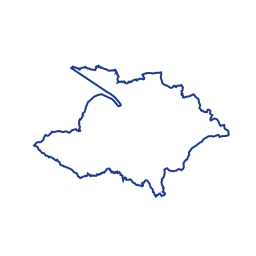 Mampikony, Sofia, Madagascar, rotated 163°
{"feature_id": "10022922B54995100782210", "entity_name": "Mampikony", "entity_type": "district", "adm_level": 2, "iso_a3": "MDG", "parent_name": "Madagascar", "parent_adm1": "Sofia", "projection": "albers", "projection_center": [47.723, -16.182], "detail": "fine", "context": "isolated", "style": "outline", "palette": "blue", "viewbox_px": 256, "rotation_deg": 163, "n_neighbors": 0, "source": "geoboundaries", "source_scale": "gbopen_adm2", "svg_char_len": 5809}
<svg xmlns="http://www.w3.org/2000/svg" viewBox="0 0 256 256"><g transform="rotate(163 128 128)"><path d="M222.9,138.9L222.3,137.8L221.0,137.3L220.5,136.7L220.0,135.9L219.8,133.5L218.8,132.7L218.5,131.2L217.8,130.3L217.4,129.1L216.1,128.7L215.7,128.3L214.6,125.5L213.5,125.2L212.7,124.3L212.3,123.1L211.3,123.4L210.2,122.7L208.0,120.3L207.3,119.0L206.2,117.8L205.9,117.8L205.2,118.5L205.1,119.1L204.4,116.2L203.5,115.4L203.5,112.6L202.6,112.0L201.9,111.2L200.9,110.7L200.5,109.9L199.7,109.7L198.7,108.6L196.6,107.2L193.8,104.3L192.8,101.8L190.1,99.4L189.9,96.3L188.9,95.6L188.7,94.6L188.2,94.1L187.7,94.1L184.4,94.7L183.4,94.5L182.4,94.7L181.8,94.0L180.5,94.8L179.7,96.1L178.4,94.2L178.4,93.6L178.2,93.3L177.5,93.6L177.3,93.1L176.8,93.4L176.1,92.7L174.8,92.7L174.5,92.3L172.4,91.5L171.6,91.9L171.6,92.6L171.2,92.8L170.8,92.5L170.0,92.3L169.5,91.8L168.6,92.3L167.8,91.9L166.6,92.9L165.9,92.7L165.6,92.4L164.8,92.7L163.8,92.4L163.5,93.1L162.3,93.1L160.7,94.6L159.1,95.0L158.4,94.9L158.0,94.7L157.7,93.9L157.2,93.7L157.5,92.9L156.9,92.3L156.8,90.4L156.3,90.5L155.8,90.1L155.2,90.6L154.9,90.2L154.8,89.4L154.3,88.9L153.8,89.1L153.6,88.7L152.7,89.2L152.6,89.6L152.4,89.6L152.4,89.0L151.2,89.3L151.4,88.2L150.7,87.7L149.3,88.4L149.2,88.2L148.6,87.1L148.8,86.1L148.5,85.8L148.8,85.1L148.6,85.0L148.1,85.0L147.2,84.1L147.4,82.8L147.9,82.3L147.6,81.6L147.7,81.3L147.4,80.9L147.9,80.2L147.9,79.4L146.8,81.0L145.7,81.5L145.1,81.5L144.7,80.9L145.1,79.6L144.8,79.0L142.1,78.2L140.6,78.1L139.1,74.4L138.2,73.4L137.4,72.8L137.2,71.8L136.4,70.9L135.3,70.8L134.2,69.7L132.2,69.1L131.7,68.2L130.4,68.6L130.3,70.0L130.7,70.7L130.6,71.2L129.8,71.4L128.5,71.2L127.3,72.4L126.4,72.8L125.8,72.7L125.0,72.1L123.7,68.6L123.8,66.8L123.6,64.3L122.4,62.3L122.4,61.4L122.9,59.8L122.8,59.4L122.0,58.9L122.1,57.4L121.8,55.6L121.3,54.2L120.9,54.3L120.2,55.4L118.6,55.3L117.1,56.1L116.4,55.8L115.9,53.5L115.6,53.2L113.0,53.2L111.8,54.1L111.9,54.9L112.6,55.4L113.4,56.7L112.6,56.8L112.5,57.0L112.4,57.9L112.1,59.3L112.1,60.0L111.9,60.0L111.6,59.8L111.3,60.2L111.7,60.8L111.7,62.0L112.2,64.1L111.8,66.3L111.6,67.0L110.8,67.6L110.8,68.7L110.1,69.4L108.7,70.2L107.7,71.2L106.4,73.8L105.9,74.2L105.6,76.9L105.2,77.7L102.5,78.1L101.3,75.9L100.5,75.0L96.6,73.2L95.5,73.4L94.1,73.1L92.4,73.8L91.6,73.9L89.9,72.9L89.3,72.1L88.5,72.5L87.6,72.6L86.9,73.2L86.0,74.5L85.3,77.7L84.4,78.9L81.7,80.7L81.1,80.5L80.5,80.8L79.9,81.6L79.4,82.5L77.3,84.4L77.2,85.9L76.7,87.0L74.4,88.6L73.2,89.8L72.5,90.0L68.2,91.2L63.6,93.0L61.8,93.3L61.4,93.2L60.4,94.2L58.9,95.2L53.3,96.6L51.6,96.0L50.4,95.9L48.8,94.8L44.0,95.0L43.3,94.7L43.1,92.7L40.2,92.7L36.7,91.7L35.9,91.9L34.7,91.6L34.1,91.7L33.7,92.2L33.3,93.7L33.1,94.8L33.2,96.4L35.5,98.7L35.7,99.8L35.2,102.0L35.2,102.8L38.9,103.1L39.1,103.5L39.7,108.5L40.2,109.9L41.6,111.3L42.8,111.9L44.4,111.4L46.6,111.0L46.8,111.9L46.3,113.2L45.2,113.9L43.6,115.6L45.2,117.5L45.3,118.3L44.8,118.8L44.3,120.1L44.6,121.1L45.5,121.9L46.3,122.1L46.8,121.8L47.6,120.2L48.2,120.2L50.4,121.0L50.8,121.5L51.1,122.4L52.5,122.9L52.9,123.3L53.0,124.6L53.8,125.7L53.8,126.2L53.7,126.6L52.3,128.5L52.7,131.7L52.1,134.8L54.4,138.3L55.0,140.5L55.7,141.1L57.5,140.7L58.7,140.7L59.4,140.4L60.3,140.4L62.8,140.8L65.4,140.7L66.3,141.1L66.5,141.4L65.9,142.1L65.8,142.8L66.6,143.5L67.0,144.2L66.7,144.6L66.0,145.0L66.5,145.7L66.0,146.6L66.1,147.5L65.0,148.0L63.7,150.5L63.7,151.0L64.2,152.4L64.4,153.4L64.8,153.6L65.9,153.2L68.4,154.1L70.0,153.0L70.7,153.7L70.8,154.6L71.8,154.9L73.1,154.1L74.5,153.6L75.0,153.7L76.3,154.7L78.2,157.1L80.0,158.1L81.6,160.1L82.0,161.3L81.8,162.8L82.0,166.3L81.7,167.2L80.6,169.3L80.1,171.5L81.7,171.5L82.7,172.0L84.4,172.4L87.9,172.8L91.2,174.3L94.2,175.1L95.2,174.8L96.4,175.1L97.4,174.8L97.7,175.0L98.6,174.7L98.6,173.8L97.8,171.2L98.1,170.3L98.6,170.0L99.3,170.1L100.1,170.8L101.2,171.3L103.1,171.7L105.4,170.8L105.5,171.8L106.1,172.1L106.8,171.9L107.3,172.2L108.6,172.0L109.4,172.1L111.1,171.1L111.9,171.6L112.8,171.2L113.3,172.0L113.8,171.7L114.4,171.6L114.7,171.2L115.4,171.0L117.3,171.6L117.6,171.8L117.6,173.0L118.1,173.6L118.9,173.8L119.6,173.3L120.4,174.3L120.9,174.5L121.7,174.2L122.9,174.6L124.5,174.6L123.5,175.5L123.9,177.3L123.3,178.9L122.0,179.8L122.2,181.3L122.7,182.1L122.3,183.0L122.5,183.8L122.8,184.1L123.5,184.1L122.7,185.0L122.9,185.5L122.7,186.1L123.4,186.6L123.2,187.3L123.3,187.6L124.0,187.6L124.9,187.1L126.3,187.8L129.0,188.1L131.0,189.5L131.6,190.5L133.6,191.5L135.6,193.5L136.6,193.6L136.6,194.7L137.0,194.8L138.6,194.9L138.7,195.1L137.9,195.9L138.0,196.2L138.9,195.8L139.5,196.2L140.4,196.0L140.9,195.4L141.0,194.4L142.6,193.0L144.0,193.9L145.3,194.2L146.1,194.9L147.1,195.4L147.7,196.2L149.2,196.6L150.2,197.9L150.8,198.2L150.7,198.9L151.0,199.1L152.4,198.7L154.6,199.0L156.0,198.8L156.9,198.0L157.4,198.0L157.7,198.7L157.6,199.3L159.3,200.0L160.5,201.4L161.9,201.6L162.7,202.8L164.8,202.0L136.7,167.6L135.3,166.4L132.1,162.0L130.9,159.7L129.1,155.6L128.1,152.6L128.4,151.7L130.5,151.6L131.0,151.9L133.2,157.4L134.8,160.3L143.5,168.1L147.6,168.3L151.4,167.8L159.1,164.1L160.5,162.0L161.4,161.3L163.9,157.3L165.0,155.9L167.0,155.2L167.4,153.9L167.3,153.2L168.1,152.9L168.3,152.0L169.2,151.5L169.5,151.0L170.3,150.4L170.6,150.0L171.0,149.9L171.4,150.4L172.3,149.5L173.2,147.7L173.1,147.0L173.4,146.6L173.8,144.9L173.6,143.9L173.8,142.9L174.0,142.4L174.9,141.4L174.7,139.9L174.0,138.8L175.1,139.4L176.0,139.4L176.2,140.2L177.6,140.5L178.1,142.0L178.4,142.2L180.7,142.2L181.4,142.0L181.7,142.3L182.2,142.2L185.2,140.6L186.6,141.4L187.3,142.4L189.2,143.1L191.7,143.1L193.5,144.6L194.9,144.9L195.6,145.5L200.0,145.7L201.9,146.7L203.0,145.5L205.0,144.8L205.8,144.1L207.2,144.1L207.9,144.4L208.6,145.3L209.5,145.2L210.3,144.1L211.1,143.6L212.3,141.5L215.3,140.1L216.4,140.1L217.8,140.7L219.4,140.7L220.6,140.4L221.8,139.1L222.9,138.9Z" fill="none" stroke="#1e3a8a" stroke-width="2"/></g></svg>